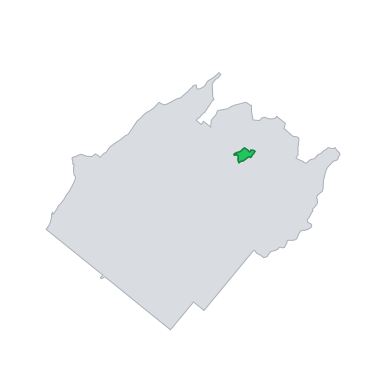 As Sunut, South Kordufan, Sudan shown in context, rotated 219°
{"feature_id": "16777658B48194454682254", "entity_name": "As Sunut", "entity_type": "district", "adm_level": 2, "iso_a3": "SDN", "parent_name": "Sudan", "parent_adm1": "South Kordufan", "projection": "equal_earth", "projection_center": [29.06, 12.034], "detail": "fine", "context": "in_parent", "style": "filled", "palette": "green", "viewbox_px": 384, "rotation_deg": 219, "n_neighbors": 0, "source": "geoboundaries", "source_scale": "gbopen_adm2", "svg_char_len": 5267}
<svg xmlns="http://www.w3.org/2000/svg" viewBox="0 0 384 384"><g transform="rotate(219 192 192)"><path d="M246.3,301.6L243.7,301.6L243.4,300.8L243.5,298.5L243.7,296.9L244.7,294.2L244.4,292.7L244.6,290.6L243.9,288.2L237.6,281.3L236.4,279.4L233.1,277.7L233.6,275.8L232.2,261.7L232.9,260.1L233.1,257.6L233.0,255.5L233.8,251.9L233.9,250.4L227.3,250.3L227.2,251.8L227.5,253.5L227.5,254.2L218.4,254.3L222.1,259.8L222.2,262.2L222.0,265.2L222.1,267.1L222.3,268.4L223.3,270.9L223.2,271.3L223.0,271.9L216.5,279.3L215.5,282.7L214.6,284.5L212.7,287.5L206.8,295.3L205.8,295.9L201.3,296.1L200.8,296.3L200.5,296.7L200.3,296.6L196.4,292.0L189.9,286.4L185.6,289.3L184.4,290.4L184.4,293.1L183.7,294.4L182.6,295.9L179.4,296.8L177.7,297.7L175.7,299.2L173.8,301.7L173.6,303.0L173.9,304.1L162.8,304.1L162.1,303.2L160.5,299.0L159.4,299.3L149.4,298.8L147.9,299.2L145.0,300.9L143.6,301.2L142.1,300.4L136.9,292.2L135.7,291.2L134.5,289.3L133.4,288.4L133.0,287.8L132.9,286.9L132.9,285.1L132.6,284.0L131.7,283.8L124.6,285.7L123.6,285.4L122.1,285.8L121.6,286.1L121.0,287.2L120.9,289.4L120.7,290.6L120.2,291.8L118.1,294.6L117.7,295.8L117.8,298.9L117.6,300.4L117.3,301.1L116.4,302.3L116.1,303.0L115.7,306.9L114.6,309.3L114.4,310.1L114.3,311.8L114.1,312.3L110.9,313.7L109.7,314.6L108.9,315.9L108.8,316.5L107.4,316.0L105.6,315.6L102.3,315.2L100.9,314.6L100.3,313.7L100.5,311.3L100.2,310.8L99.7,310.4L99.3,309.3L99.4,308.1L101.2,305.3L101.6,303.9L102.1,297.0L101.9,294.9L100.6,291.0L97.4,284.4L96.6,283.1L92.6,277.6L92.2,276.8L91.2,274.5L92.3,269.4L92.4,268.0L92.1,266.6L91.1,265.5L90.2,265.4L89.0,264.0L88.3,263.4L87.6,262.2L87.1,260.5L87.5,254.6L87.3,253.8L86.3,253.6L86.0,253.2L86.1,252.0L85.5,248.6L84.9,245.8L85.3,244.3L84.5,242.2L82.8,241.3L79.6,242.0L78.6,241.8L77.9,241.4L77.5,240.7L77.2,239.8L77.5,238.4L78.4,235.9L79.6,233.8L81.9,231.9L82.5,230.9L82.9,229.8L82.9,228.5L82.8,227.1L82.6,225.9L81.9,224.3L81.3,222.4L81.3,221.1L81.6,220.1L82.2,219.0L84.5,216.8L86.9,215.0L87.3,214.4L87.2,213.6L86.1,212.1L85.8,209.2L85.2,207.2L86.4,205.7L87.3,205.1L88.7,204.7L89.2,204.0L89.4,202.8L89.3,201.7L89.8,200.8L90.5,198.9L91.1,198.1L92.9,195.9L93.3,194.5L93.4,193.2L93.0,189.1L94.0,187.4L95.3,186.0L97.2,186.1L100.2,185.8L102.2,185.2L103.6,185.2L106.9,186.0L107.2,185.6L107.4,184.6L108.1,107.5L121.5,107.5L121.6,107.3L122.0,71.3L205.7,71.3L206.4,71.1L207.7,67.8L208.3,67.5L209.1,67.7L209.4,68.5L208.8,71.3L281.9,71.2L282.1,75.4L282.8,78.6L284.9,83.4L286.7,85.9L287.4,87.3L287.5,87.9L287.4,88.5L286.9,87.8L285.9,87.4L285.9,89.6L286.4,94.1L287.2,97.3L286.7,100.2L286.8,105.2L287.9,111.2L287.8,115.0L289.5,123.9L291.0,128.9L291.9,130.1L292.8,130.7L294.6,131.2L297.2,133.7L299.4,136.4L300.1,137.7L301.1,139.3L301.8,139.0L302.2,138.6L302.9,139.8L306.3,142.5L306.8,143.7L305.6,145.0L304.3,147.1L303.7,149.0L303.3,149.6L302.2,150.8L302.1,151.4L301.6,151.8L301.1,151.8L300.0,152.5L299.0,152.3L298.0,152.7L297.6,153.1L296.8,153.5L295.7,153.8L294.0,155.4L292.5,156.2L292.0,156.9L291.3,160.2L290.7,161.0L288.5,161.1L287.5,161.4L286.0,161.0L285.3,161.1L285.1,161.8L284.9,164.6L284.9,165.8L283.7,169.0L284.2,175.1L283.0,179.6L282.9,180.6L281.7,184.2L281.1,185.5L279.6,192.2L279.1,194.3L277.8,196.5L279.3,212.6L278.3,217.6L278.3,220.3L277.6,224.3L277.0,226.1L276.0,228.4L275.2,230.9L274.5,234.1L274.1,240.4L273.9,240.9L269.9,241.7L268.7,242.2L267.9,242.8L266.9,244.4L264.9,248.8L263.9,251.5L262.2,255.2L260.3,257.8L259.9,259.1L259.6,261.4L258.9,265.2L258.3,267.8L258.4,270.0L257.8,273.7L257.9,275.5L257.3,276.5L256.4,277.5L255.8,277.7L253.0,275.2L251.0,276.9L249.9,279.3L248.9,281.8L249.5,286.9L249.5,288.0L249.2,289.3L247.4,294.3L246.9,296.6L246.3,300.7L246.3,301.6Z" fill="#d9dde1" stroke="#a8b0b8" stroke-width="1"/><path d="M173.7,244.5L173.6,245.5L173.5,246.0L173.4,246.4L173.1,247.1L172.8,247.4L172.5,247.6L172.1,247.7L172.0,247.8L171.8,248.5L171.7,248.8L171.5,249.2L171.4,249.4L171.4,249.6L171.2,250.4L171.1,250.7L171.0,251.2L170.9,251.6L170.7,252.5L170.5,253.2L170.3,253.8L170.3,254.3L170.1,255.0L169.9,255.2L169.6,255.3L169.0,255.4L168.7,255.5L168.4,255.5L168.2,255.7L168.0,256.2L168.1,256.7L168.1,257.1L168.2,258.1L168.4,259.0L168.4,259.6L168.3,260.0L168.2,261.0L168.4,261.8L168.6,263.3L169.4,263.3L170.3,263.1L171.5,262.5L172.6,261.7L172.3,260.5L172.3,259.6L172.5,259.3L173.1,259.5L173.7,259.4L174.5,259.7L175.6,259.6L176.4,259.6L177.1,259.5L177.9,259.5L178.4,259.3L179.1,259.2L179.1,258.9L179.2,258.7L179.3,258.2L179.4,257.9L179.5,257.7L179.5,257.2L179.6,256.1L179.7,255.6L179.7,255.2L179.7,254.9L179.9,254.4L180.0,254.2L180.3,253.5L180.5,253.1L180.6,252.9L180.7,252.7L180.8,252.5L180.8,252.3L180.9,252.0L181.0,252.0L181.2,251.9L181.3,251.8L181.8,251.5L182.0,250.9L182.1,250.5L182.1,250.2L182.0,249.9L182.3,249.7L182.6,249.6L182.8,249.5L182.7,249.2L182.8,249.0L182.8,248.7L183.0,248.4L183.0,248.2L183.1,247.9L182.9,247.9L182.8,247.6L182.7,247.4L182.3,247.2L181.9,247.4L181.7,247.8L181.5,248.2L181.3,248.4L181.1,248.4L180.9,248.5L180.6,248.7L180.6,248.9L180.5,249.1L180.1,249.1L179.9,249.3L179.7,249.4L179.2,249.2L178.9,248.8L178.4,248.7L178.2,248.5L178.0,248.2L177.7,247.6L177.4,247.2L177.3,246.8L177.1,246.4L176.8,246.3L176.7,246.4L176.5,246.2L176.4,246.0L176.2,245.6L175.3,245.0L174.7,244.6L174.3,244.3L174.0,244.3L173.8,244.3L173.7,244.5Z" fill="#22c55e" stroke="#15803d" stroke-width="1.5"/></g></svg>